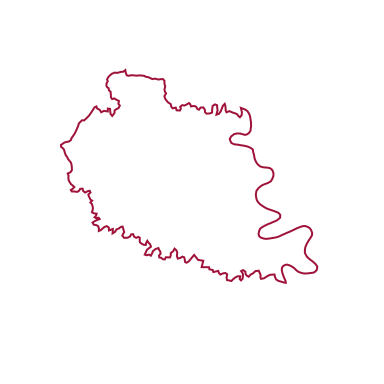 the district of Concórdia, Santa Catarina, Brazil, rotated 228°
{"feature_id": "56859067B26728164460240", "entity_name": "Concórdia", "entity_type": "district", "adm_level": 2, "iso_a3": "BRA", "parent_name": "Brazil", "parent_adm1": "Santa Catarina", "projection": "natural_earth1", "projection_center": [-52.02, -27.242], "detail": "fine", "context": "isolated", "style": "outline", "palette": "rose", "viewbox_px": 384, "rotation_deg": 228, "n_neighbors": 0, "source": "geoboundaries", "source_scale": "gbopen_adm2", "svg_char_len": 5737}
<svg xmlns="http://www.w3.org/2000/svg" viewBox="0 0 384 384"><g transform="rotate(228 192 192)"><path d="M247.2,257.0L249.0,254.9L248.5,252.2L250.1,251.5L252.1,252.1L253.8,251.7L255.3,250.1L256.3,248.5L258.2,249.4L260.1,249.3L260.6,246.7L261.3,244.3L263.1,242.8L263.2,240.2L261.5,239.6L260.6,237.6L263.0,235.2L265.6,236.4L267.1,233.6L269.2,233.7L271.7,235.0L274.4,234.2L276.2,234.2L279.0,234.4L281.7,235.6L282.6,238.7L284.9,239.1L286.7,240.2L288.4,242.8L290.8,243.9L293.0,245.9L295.3,246.0L296.8,244.3L298.1,242.2L299.8,241.2L301.2,240.1L302.4,238.1L304.4,237.3L306.8,236.2L308.6,234.7L310.4,234.2L311.9,232.7L313.5,231.4L315.4,228.8L317.0,227.3L318.5,226.0L319.9,224.3L320.8,222.6L322.4,221.6L325.0,222.6L327.2,224.0L327.3,221.6L328.9,219.4L330.5,216.2L332.5,214.4L333.5,211.4L333.6,208.6L333.2,205.8L332.3,204.1L330.7,203.5L329.9,201.2L328.3,199.5L326.6,199.1L324.9,199.5L323.2,198.3L321.0,198.6L318.9,197.0L316.5,195.1L314.5,194.8L313.5,196.9L310.8,197.7L308.5,198.6L306.8,196.3L304.5,196.2L303.5,193.5L304.2,191.2L304.4,189.1L302.6,187.3L301.9,183.6L304.5,183.7L306.5,185.1L308.6,186.7L310.3,185.3L308.2,183.3L309.7,182.1L311.2,180.9L312.0,177.9L314.8,178.4L317.5,177.4L319.6,178.2L320.1,176.1L319.3,173.3L318.5,170.2L317.7,166.9L317.4,162.9L317.4,159.7L318.9,158.3L318.8,155.7L318.6,153.6L317.5,152.1L316.7,150.3L315.5,147.8L314.5,145.3L313.7,143.2L313.1,140.6L312.6,138.4L311.6,136.7L311.9,134.2L313.1,132.4L314.1,130.3L314.4,128.3L314.6,125.9L312.9,124.9L311.3,125.3L309.5,125.3L307.9,124.6L306.0,123.7L303.8,122.8L301.9,122.7L299.6,122.0L297.2,121.8L295.4,121.8L293.3,121.0L290.6,119.1L288.6,117.4L288.0,114.9L288.9,112.0L286.7,111.2L285.4,109.7L283.3,108.2L280.9,107.7L279.1,107.3L277.4,107.6L274.4,107.9L274.2,105.6L274.6,103.3L272.9,103.0L271.1,104.9L268.8,106.9L268.5,109.1L269.2,111.0L267.7,112.9L265.5,111.8L263.1,112.2L262.5,114.6L261.4,116.8L259.5,116.2L259.5,113.3L257.8,112.4L256.0,112.0L254.3,111.4L252.4,112.0L252.2,109.5L249.9,109.5L247.2,108.2L245.5,106.8L243.9,104.1L241.7,104.9L239.7,106.6L238.6,104.9L238.4,102.7L236.7,103.3L235.4,105.4L233.7,105.3L234.6,102.9L235.5,100.1L235.8,97.6L233.5,97.1L231.3,98.8L229.5,99.4L227.4,98.6L225.4,96.7L224.7,98.7L224.7,101.0L224.6,103.6L223.8,105.7L221.3,106.4L219.0,104.6L217.5,108.4L215.9,106.9L214.4,105.3L213.9,107.9L214.7,110.9L213.8,113.3L213.7,115.6L212.7,117.3L210.1,116.0L207.6,114.8L207.0,112.9L206.2,111.0L203.4,110.9L201.2,113.4L200.4,116.0L201.2,118.4L200.1,120.0L197.5,119.1L195.3,119.8L194.6,122.0L193.0,122.6L191.0,120.7L189.3,119.6L187.2,120.0L185.1,120.8L183.6,122.2L184.7,123.7L185.6,126.1L183.4,125.8L181.1,125.9L178.8,124.9L179.0,122.6L179.2,119.8L178.1,117.4L177.1,115.0L175.3,116.0L174.3,118.1L172.2,118.8L173.0,121.0L174.2,123.5L174.0,126.9L172.8,129.5L170.7,128.8L169.0,128.6L167.2,127.4L166.8,124.9L165.2,123.9L163.7,125.1L161.5,125.4L160.1,126.6L161.0,128.9L159.5,130.4L158.1,131.8L159.0,133.7L160.8,135.3L160.6,138.5L161.6,141.1L159.2,141.4L156.8,140.5L154.5,137.9L152.0,136.9L150.8,139.2L150.4,141.6L148.7,142.5L146.7,141.5L144.7,140.0L143.1,140.6L142.6,143.0L143.8,151.5L137.4,151.1L133.4,154.4L129.7,148.9L124.7,154.3L122.9,153.2L120.2,155.2L118.2,154.3L115.8,158.7L113.4,157.7L111.6,157.9L111.0,160.2L109.5,162.6L107.3,163.1L105.4,160.5L103.1,159.1L101.3,160.5L99.5,161.7L99.7,163.9L99.5,167.1L98.8,169.6L97.1,171.4L95.4,169.2L93.5,169.3L93.7,171.5L94.9,173.0L96.2,174.4L97.8,175.3L100.4,175.6L99.8,177.7L97.2,178.4L95.1,176.9L93.0,176.8L91.1,177.4L91.4,180.4L90.7,183.0L90.8,186.1L88.9,188.9L86.3,188.1L84.2,187.3L82.9,185.8L81.2,185.2L79.7,187.8L79.1,191.5L78.4,194.2L77.2,196.0L75.5,198.1L73.5,196.9L70.8,196.0L68.0,196.8L65.7,198.3L63.6,199.5L61.8,201.0L63.3,202.0L65.9,202.8L68.8,203.9L71.2,204.9L73.8,206.4L75.5,208.1L76.0,210.4L75.4,212.6L74.3,214.2L72.0,215.5L69.0,216.6L67.0,217.0L63.8,217.2L61.1,217.8L59.0,219.0L56.7,220.5L55.2,222.2L53.8,223.9L52.3,226.2L51.1,227.8L50.4,229.6L50.5,232.1L51.5,233.9L53.0,235.3L55.7,235.6L59.6,235.2L62.4,234.6L64.7,234.3L67.1,234.1L69.5,234.7L71.3,235.2L73.6,237.3L75.2,239.4L76.5,242.1L77.8,246.0L78.7,249.5L79.6,252.3L81.3,254.0L84.0,255.0L86.4,255.3L88.4,254.7L90.8,253.5L92.4,251.7L93.5,249.3L94.8,245.9L95.6,243.0L96.5,240.0L97.3,237.5L98.3,234.7L99.0,232.5L99.7,230.4L100.6,227.3L101.7,224.7L103.1,222.3L105.9,218.0L107.5,215.8L109.2,214.3L112.1,212.6L114.5,212.4L116.4,213.5L117.9,215.5L119.1,217.9L119.0,220.2L118.4,223.0L117.4,226.6L116.4,229.2L115.2,232.8L114.1,236.1L113.9,240.2L115.9,242.3L118.7,242.3L121.4,241.0L123.6,239.9L125.5,238.8L127.4,237.7L130.0,236.4L132.4,235.6L134.6,235.0L137.4,234.4L140.2,234.3L142.4,234.7L144.6,235.8L147.5,237.8L149.8,240.8L150.4,244.2L150.3,246.8L150.0,248.9L149.1,251.5L147.9,254.5L147.2,257.9L148.1,260.6L149.5,263.3L151.6,265.2L153.5,266.0L155.4,266.4L157.7,265.8L159.6,264.4L161.0,263.0L163.3,261.0L165.4,259.8L167.9,259.4L170.2,259.5L171.8,259.8L173.6,260.4L175.3,261.1L177.1,262.3L179.3,263.5L181.1,264.4L183.0,265.7L186.1,264.9L188.6,263.7L191.4,261.8L193.3,260.2L194.7,259.1L196.2,258.0L197.9,256.4L199.4,255.2L202.0,254.1L204.4,254.7L206.3,255.7L207.1,258.5L206.8,262.1L205.4,264.6L203.2,266.9L200.9,268.4L199.1,269.5L198.1,271.2L197.7,273.7L198.4,276.5L200.1,278.4L201.4,280.0L202.8,281.1L204.1,282.3L205.9,283.5L208.2,285.0L210.2,286.2L212.5,286.9L215.1,287.3L217.4,286.8L219.3,285.9L221.8,284.6L217.9,282.5L215.9,280.4L215.5,277.6L217.7,277.3L219.5,277.6L221.4,276.8L224.0,275.3L227.2,273.8L228.1,271.0L230.0,271.5L231.3,272.7L233.8,274.5L235.6,275.3L235.4,272.7L234.1,270.1L232.8,267.5L232.1,264.4L233.1,261.9L234.6,264.0L235.6,265.7L237.9,267.2L239.7,268.7L241.8,267.6L242.1,264.9L240.5,262.9L239.0,261.4L237.6,260.0L238.7,257.4L240.6,255.2L242.6,255.1L244.6,256.6L247.2,257.0Z" fill="none" stroke="#9f1239" stroke-width="2"/></g></svg>